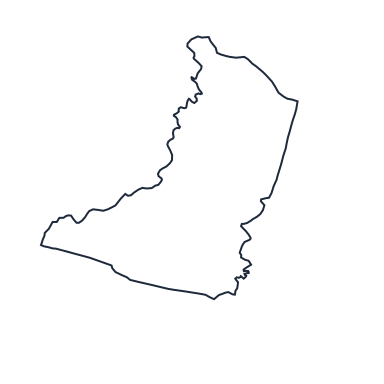 Ekeremor, Bayelsa, Nigeria (orthographic projection), rotated 310°
{"feature_id": "59680162B22876202690460", "entity_name": "Ekeremor", "entity_type": "district", "adm_level": 2, "iso_a3": "NGA", "parent_name": "Nigeria", "parent_adm1": "Bayelsa", "projection": "orthographic", "projection_center": [5.719, 4.944], "detail": "fine", "context": "isolated", "style": "outline", "palette": "slate", "viewbox_px": 384, "rotation_deg": 310, "n_neighbors": 0, "source": "geoboundaries", "source_scale": "gbopen_adm2", "svg_char_len": 3237}
<svg xmlns="http://www.w3.org/2000/svg" viewBox="0 0 384 384"><g transform="rotate(310 192 192)"><path d="M329.3,214.6L327.3,209.6L326.8,208.7L324.8,205.2L324.0,201.0L323.7,194.4L326.3,187.6L328.0,182.2L329.2,173.1L329.5,168.7L329.5,160.2L329.1,155.6L329.7,149.4L329.1,145.2L325.3,141.5L323.1,139.3L319.7,133.9L317.8,130.1L316.2,126.4L316.0,126.1L314.7,121.7L317.6,117.6L319.3,109.5L321.4,105.3L320.3,104.0L316.6,100.2L314.9,96.5L308.5,93.4L302.8,93.2L300.4,95.0L300.3,97.6L300.0,104.3L297.7,106.5L295.8,106.9L295.3,108.0L295.1,114.3L294.5,118.5L292.2,119.9L286.5,120.1L281.5,122.1L280.3,121.3L279.7,117.9L279.4,117.9L278.1,119.8L278.2,122.0L278.4,123.4L278.1,126.0L276.6,128.3L275.4,130.5L274.7,132.8L274.7,133.2L274.4,135.0L273.7,136.3L272.5,135.7L271.9,134.3L271.6,133.5L271.2,133.4L269.0,132.2L267.1,133.1L266.6,135.4L265.0,137.1L261.7,136.6L261.3,135.2L261.1,133.5L261.6,130.8L261.4,129.7L259.2,130.0L257.1,130.9L254.9,132.2L253.6,133.0L253.1,133.1L252.5,133.2L251.2,132.2L250.3,130.2L249.8,129.0L249.6,129.0L247.5,128.2L245.9,129.4L245.1,130.2L242.4,129.7L239.6,128.5L238.7,129.1L239.0,131.7L238.2,134.4L236.4,135.8L234.8,137.8L234.1,140.9L232.6,141.1L231.7,139.5L229.8,138.5L227.6,138.1L224.9,139.5L223.4,141.3L222.1,142.8L220.6,143.0L218.1,141.9L215.2,141.5L212.6,142.5L211.6,144.2L209.9,148.5L207.6,152.9L207.6,153.0L203.5,156.2L199.9,156.6L195.1,156.0L191.0,154.3L188.1,153.5L184.1,154.2L182.8,156.0L182.7,156.1L182.7,158.4L182.8,160.1L182.0,161.1L179.7,161.6L175.8,161.6L173.3,159.8L171.2,159.2L169.1,158.6L165.7,155.2L163.2,151.3L159.3,149.4L154.1,147.9L150.4,147.4L148.0,145.4L147.6,142.1L140.8,141.7L132.6,142.0L129.8,140.9L124.7,138.7L120.6,136.1L117.8,131.4L117.4,130.8L115.1,127.3L111.2,125.5L107.2,125.8L104.1,126.3L99.3,126.2L95.6,125.1L94.2,123.2L95.0,118.5L96.2,114.6L94.8,112.5L92.8,111.0L89.7,110.2L86.9,107.0L82.2,107.7L79.4,104.5L71.8,106.0L66.1,105.5L63.4,107.2L59.8,108.2L56.7,109.5L54.3,110.4L55.2,113.4L57.6,117.9L58.3,119.5L59.2,121.5L61.1,124.1L75.9,155.9L84.0,177.6L82.4,179.9L81.5,184.8L83.3,191.9L84.8,196.8L84.9,201.1L88.4,208.2L90.4,212.1L95.3,221.7L102.5,236.1L105.0,240.3L107.5,244.3L112.8,252.9L118.8,262.9L122.0,268.5L122.7,272.6L124.1,277.8L130.2,278.8L136.6,282.5L138.7,284.2L139.6,288.7L140.9,290.8L144.6,288.7L147.1,288.6L149.4,287.3L152.5,285.2L152.9,282.9L153.4,280.9L155.3,281.1L156.6,283.2L157.8,283.7L158.9,283.5L158.9,287.3L161.6,287.7L162.7,287.4L162.5,285.5L163.1,284.8L163.4,285.1L164.2,285.8L165.2,286.2L166.3,287.5L166.9,287.1L167.4,286.5L167.6,285.8L166.8,284.9L166.0,283.7L164.7,282.6L164.9,282.3L165.7,281.4L168.9,282.2L174.3,284.0L175.7,279.6L174.1,275.9L173.4,271.7L175.4,270.2L176.1,267.6L182.6,265.1L185.1,264.6L187.5,264.4L192.1,266.7L193.5,267.0L194.5,266.4L194.8,265.7L195.8,262.7L196.7,258.2L196.9,255.5L197.4,251.5L199.6,250.7L200.9,252.2L203.8,254.2L206.1,254.9L207.5,255.5L209.8,255.9L215.2,257.8L216.0,257.9L218.9,258.5L221.0,258.3L223.6,258.0L228.4,256.0L229.2,250.7L230.8,249.7L235.3,253.0L237.1,254.7L242.3,253.6L249.0,250.8L255.8,248.9L259.9,246.9L263.8,245.3L270.4,242.5L278.4,238.7L285.8,235.7L290.0,233.3L295.9,230.2L301.5,227.8L307.0,225.2L312.0,223.0L317.9,220.7L322.7,218.5L324.5,217.4L329.3,214.6Z" fill="none" stroke="#1e293b" stroke-width="2"/></g></svg>